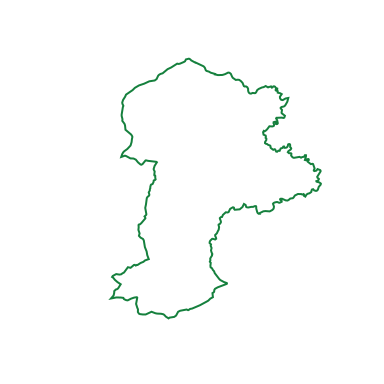 outline of San Cayetano, Norte de Santander, Colombia, rotated 31°
{"feature_id": "7082276B18864989229561", "entity_name": "San Cayetano", "entity_type": "district", "adm_level": 2, "iso_a3": "COL", "parent_name": "Colombia", "parent_adm1": "Norte de Santander", "projection": "orthographic", "projection_center": [-72.593, 7.837], "detail": "fine", "context": "isolated", "style": "outline", "palette": "green", "viewbox_px": 384, "rotation_deg": 31, "n_neighbors": 0, "source": "geoboundaries", "source_scale": "gbopen_adm2", "svg_char_len": 6035}
<svg xmlns="http://www.w3.org/2000/svg" viewBox="0 0 384 384"><g transform="rotate(31 192 192)"><path d="M226.1,61.8L224.0,63.7L222.5,66.4L221.8,66.8L220.6,67.0L219.1,66.2L218.3,65.1L218.5,61.9L216.9,61.9L214.3,62.7L213.5,61.4L211.8,61.8L211.2,61.6L211.0,61.0L212.1,60.0L211.8,59.4L210.3,59.6L209.0,59.0L208.0,59.1L207.3,59.6L207.1,60.9L206.7,61.4L205.3,60.8L204.6,61.8L203.8,62.3L203.5,63.0L203.2,63.2L200.6,63.2L199.4,65.2L198.1,66.4L196.1,69.3L195.4,71.1L195.6,73.4L195.4,74.5L195.0,74.9L192.9,75.9L191.9,77.3L190.9,77.7L190.0,77.7L188.8,77.1L187.9,76.2L186.9,74.6L185.4,73.7L183.8,73.7L182.7,74.5L181.9,74.5L179.1,72.4L176.6,71.7L174.7,71.6L173.5,72.1L171.8,73.4L168.1,73.1L166.8,72.4L164.4,70.7L162.7,70.5L161.5,71.0L159.6,74.0L157.8,76.0L154.1,78.4L151.1,79.4L151.0,78.9L146.6,80.1L144.5,80.1L142.2,80.7L141.2,80.6L138.9,78.8L137.2,78.3L128.2,79.2L128.2,79.4L123.6,79.6L122.1,79.2L120.7,79.3L118.5,81.5L118.7,83.5L118.1,84.7L115.5,88.3L114.3,89.3L113.2,89.6L110.0,96.0L107.8,99.3L105.7,105.4L104.2,107.0L103.4,108.5L103.1,109.7L103.5,113.4L102.6,115.6L98.4,119.1L95.2,123.8L91.7,127.9L89.4,132.1L88.6,135.3L85.3,142.5L85.6,144.8L85.5,148.6L86.1,151.2L86.9,152.2L88.8,153.5L89.0,154.8L91.8,161.8L92.5,163.0L94.9,165.4L95.6,166.9L99.0,168.3L100.3,169.4L102.9,172.9L110.3,174.1L112.2,175.1L112.7,175.9L113.3,177.7L114.5,180.3L115.4,183.8L114.4,188.5L112.9,192.0L112.6,193.5L112.7,195.7L113.3,198.4L115.8,195.4L117.2,195.1L121.9,194.9L124.7,193.4L127.2,193.2L130.5,194.4L133.5,194.9L134.4,194.8L135.2,193.7L135.9,189.0L136.2,188.6L138.1,188.0L145.9,184.5L146.6,184.6L146.5,188.9L147.3,192.1L147.9,192.7L149.4,193.6L150.9,196.8L151.2,197.1L151.9,196.9L152.2,197.1L153.3,198.9L154.3,199.9L154.2,200.6L153.5,201.4L153.3,201.9L153.9,203.3L154.1,205.5L153.2,206.6L153.1,207.3L153.7,209.3L154.3,210.2L154.4,211.2L155.1,212.6L155.1,214.6L156.7,216.1L157.0,216.8L157.0,217.5L156.4,219.1L156.4,220.5L159.0,226.5L160.1,229.7L164.3,234.5L164.5,235.2L163.9,237.4L165.1,238.0L165.6,238.6L164.6,244.7L164.1,246.4L163.2,247.3L163.2,247.9L164.4,249.6L165.6,252.1L168.4,254.5L169.1,256.9L171.4,257.6L174.1,257.5L175.6,258.3L180.0,263.5L183.7,266.3L186.2,269.2L189.5,271.8L187.0,274.8L186.3,276.9L184.5,279.3L182.9,282.6L182.2,283.0L181.7,284.0L180.5,283.9L179.8,284.5L178.4,288.6L175.8,289.5L175.2,296.0L174.2,297.7L173.7,299.0L172.3,300.2L169.3,301.4L167.3,304.8L167.3,306.0L168.5,306.0L171.1,307.0L174.4,307.6L178.4,307.8L178.3,312.7L177.8,313.9L176.9,314.9L176.4,317.0L177.3,318.6L178.1,321.1L177.4,325.0L181.4,321.4L185.2,319.2L187.7,318.1L188.7,318.8L189.6,318.8L191.3,318.6L192.7,318.0L194.7,314.8L196.8,312.3L198.9,310.6L199.5,310.8L201.7,316.7L204.7,319.4L206.1,320.4L207.4,322.7L209.1,323.6L210.2,323.5L212.7,322.4L215.4,320.8L219.0,315.5L223.0,314.8L224.7,314.2L228.2,312.3L230.3,311.6L231.4,311.6L233.8,312.3L237.0,312.4L237.4,311.3L241.1,308.2L242.0,306.1L241.8,301.8L243.0,299.9L247.9,295.5L249.5,295.3L249.8,295.0L250.6,293.2L252.1,291.9L257.1,285.0L261.0,278.4L261.9,276.8L262.6,274.0L264.1,271.4L261.6,268.1L262.3,266.7L262.3,266.0L261.6,264.5L261.6,263.1L263.1,260.5L269.1,252.9L269.1,252.5L268.7,252.1L265.9,252.7L261.6,252.9L260.0,252.5L253.2,249.8L251.8,248.6L249.9,248.0L248.5,247.1L246.8,247.0L245.8,245.8L244.5,243.0L243.2,242.6L242.9,241.0L242.0,239.9L241.8,238.6L241.9,236.1L241.4,235.5L241.4,234.7L239.9,233.7L238.4,232.3L237.6,229.9L235.7,228.5L235.3,227.1L233.4,226.7L232.9,225.8L232.7,224.3L233.4,221.8L233.9,221.4L236.3,220.8L236.8,219.6L236.0,218.7L234.7,217.9L234.0,217.0L234.6,214.5L234.3,212.1L234.3,210.6L233.3,208.1L231.7,206.6L231.6,206.2L232.4,204.7L232.4,203.2L231.9,202.3L229.6,200.5L229.3,200.0L229.7,198.7L230.6,197.9L230.3,195.7L231.4,192.0L233.1,191.2L233.7,190.4L233.4,186.8L234.9,184.1L235.6,183.8L236.1,183.9L237.0,185.0L237.8,185.2L241.8,182.3L243.0,178.9L242.7,175.5L244.6,175.5L246.2,176.9L247.1,176.8L248.2,176.3L250.6,174.1L252.0,173.3L253.1,171.8L254.0,171.2L254.5,171.4L255.6,173.1L258.1,175.5L259.2,176.2L260.4,176.3L261.0,175.9L260.6,175.7L263.1,171.8L264.8,170.5L268.6,168.6L270.1,166.1L270.5,164.5L270.3,163.5L269.7,162.2L267.5,160.4L267.6,159.5L268.1,158.6L269.6,157.1L270.5,156.6L272.1,156.4L272.7,156.0L273.9,154.2L273.5,153.5L271.5,153.2L271.2,152.8L271.5,152.1L272.6,151.4L276.7,150.9L278.3,150.1L279.0,148.9L279.6,147.0L281.6,145.4L281.9,144.4L282.0,142.0L283.8,139.2L286.7,137.5L287.9,137.4L288.7,136.3L289.4,136.5L290.0,137.6L291.5,137.6L291.5,135.1L292.4,133.5L293.3,132.7L294.2,130.6L293.6,128.7L293.6,128.0L294.4,127.2L295.8,127.7L297.5,127.3L298.3,126.7L298.7,125.2L298.0,122.3L298.5,119.4L298.1,118.4L296.2,118.2L293.9,118.9L293.2,118.9L293.0,118.6L293.5,118.2L294.1,117.2L294.2,116.2L294.1,115.5L292.2,115.1L291.5,114.5L291.6,108.1L291.1,107.4L290.6,107.2L287.8,107.7L287.6,109.6L286.2,111.0L285.5,111.0L285.2,110.7L284.9,108.6L281.4,105.7L280.7,105.8L279.5,106.9L275.5,106.4L274.9,106.0L275.6,104.3L274.9,103.8L273.9,104.5L273.2,106.1L272.3,106.4L271.4,102.9L270.8,101.8L269.9,102.2L269.9,104.0L268.3,105.5L267.8,106.4L266.1,106.5L261.9,110.1L261.2,110.4L260.1,110.4L258.2,109.7L257.5,108.0L256.9,107.8L255.1,108.8L253.6,108.5L253.6,107.3L254.7,104.8L254.7,103.7L254.3,103.3L253.1,103.0L251.8,101.0L251.4,100.7L250.9,100.7L250.2,101.2L249.9,101.7L250.5,103.6L250.3,104.9L249.7,105.7L248.5,106.5L247.4,105.6L246.9,106.0L246.8,107.7L245.6,109.0L245.9,111.6L244.8,112.0L244.2,113.7L243.3,114.0L241.4,112.7L240.6,112.9L239.9,114.0L236.9,113.7L236.3,113.3L235.7,112.3L235.0,112.0L232.7,112.4L231.7,112.2L230.4,112.6L229.4,112.5L228.9,111.6L228.9,109.1L228.2,107.9L227.2,107.7L226.8,106.5L226.1,105.7L223.8,106.0L222.1,104.1L222.1,102.6L223.0,102.6L223.6,101.4L224.1,99.6L224.5,95.8L227.0,94.5L227.7,93.8L228.1,93.0L227.6,91.8L226.4,91.0L226.0,90.1L227.3,88.7L228.1,88.9L228.4,89.8L229.0,90.4L229.5,90.3L230.1,89.7L230.1,88.8L228.0,86.6L226.2,85.6L226.2,84.9L230.5,82.1L232.3,81.4L232.8,80.7L232.4,78.8L228.4,78.3L227.9,77.9L226.9,75.3L224.9,74.6L224.6,74.1L225.0,73.0L226.6,71.5L227.1,70.6L227.3,69.2L227.2,65.5L226.1,61.8Z" fill="none" stroke="#15803d" stroke-width="2"/></g></svg>